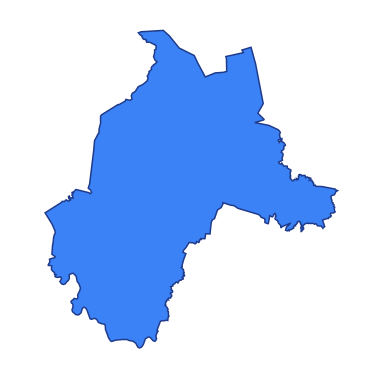 Coyuca de Catalán, Guerrero, Mexico, rotated 184°
{"feature_id": "50627088B15747692686260", "entity_name": "Coyuca de Catalán", "entity_type": "district", "adm_level": 2, "iso_a3": "MEX", "parent_name": "Mexico", "parent_adm1": "Guerrero", "projection": "albers", "projection_center": [-101.014, 18.091], "detail": "fine", "context": "isolated", "style": "filled", "palette": "blue", "viewbox_px": 384, "rotation_deg": 184, "n_neighbors": 0, "source": "geoboundaries", "source_scale": "gbopen_adm2", "svg_char_len": 5907}
<svg xmlns="http://www.w3.org/2000/svg" viewBox="0 0 384 384"><g transform="rotate(184 192 192)"><path d="M231.9,351.2L253.9,348.3L256.6,347.1L254.3,344.8L252.9,344.4L252.4,342.6L251.4,341.4L250.5,340.8L249.5,341.1L247.9,340.2L248.3,339.6L247.7,338.3L244.9,338.5L239.6,336.4L237.9,335.4L238.0,331.8L239.2,331.1L239.0,328.0L239.8,324.4L238.2,321.1L236.0,319.4L238.3,316.7L239.3,316.2L239.7,315.2L240.8,314.3L241.3,312.8L240.9,311.4L243.3,309.1L242.9,308.4L243.6,307.2L243.5,306.5L244.8,304.5L243.7,302.6L244.7,299.5L248.6,295.8L253.0,293.3L255.6,288.3L258.4,286.4L259.3,283.7L258.3,280.6L260.2,279.1L264.3,279.8L265.0,278.0L271.2,273.9L271.9,274.1L287.6,262.7L288.5,261.2L288.0,254.3L289.1,248.3L288.9,244.2L289.5,243.9L292.8,236.4L293.0,225.7L294.7,193.0L295.8,188.6L293.1,186.6L292.2,184.3L293.7,183.2L294.7,184.1L296.3,184.4L307.9,186.4L309.9,184.1L310.1,183.3L311.3,183.5L311.7,183.1L311.7,182.6L310.6,182.2L311.6,180.5L310.7,179.6L310.3,177.6L313.7,177.9L314.0,179.4L314.9,178.9L314.4,176.9L313.5,175.9L312.6,176.1L312.5,175.7L314.2,174.5L315.1,174.5L316.8,175.4L317.7,174.9L318.3,173.7L320.8,173.6L321.5,172.5L337.1,161.0L329.3,150.1L326.1,144.0L325.5,141.2L326.3,140.1L326.9,136.8L327.0,132.1L327.4,129.4L327.4,120.1L323.9,117.9L324.8,116.6L326.5,116.3L329.5,115.0L328.9,112.5L330.3,109.4L330.2,108.7L327.8,108.7L326.8,108.4L326.9,105.1L325.8,103.6L323.6,102.0L323.3,100.1L321.9,100.0L322.8,98.2L322.6,97.9L320.5,97.4L317.0,98.1L316.1,96.4L317.5,93.4L315.9,91.5L314.9,91.0L313.5,90.9L312.1,91.5L310.9,93.4L309.1,95.3L308.4,97.1L308.7,101.0L305.9,102.5L304.6,102.5L301.7,99.9L300.2,94.5L298.5,92.8L296.6,88.5L297.1,85.7L298.9,81.4L298.5,79.4L298.7,78.1L299.7,77.1L302.0,77.7L302.9,76.8L303.2,75.8L303.9,75.7L305.0,74.5L304.7,73.1L303.2,72.0L302.8,71.2L302.8,68.7L303.5,66.0L302.8,64.2L299.5,61.7L298.1,61.4L296.2,61.7L294.3,63.7L293.3,68.1L292.2,69.4L291.0,69.4L289.8,68.6L288.5,66.8L284.8,58.4L283.5,58.0L280.9,59.0L279.6,59.0L277.9,57.9L276.2,55.3L273.0,54.3L270.3,54.1L269.6,53.6L269.1,52.0L268.7,48.8L264.9,40.4L262.8,37.7L261.6,37.3L257.8,38.9L251.2,40.0L246.7,40.3L244.0,39.4L241.3,39.2L238.9,38.2L237.4,37.0L235.1,33.4L233.4,32.8L232.2,33.3L230.9,34.6L229.7,37.1L228.3,42.3L225.7,44.2L224.9,44.4L223.5,43.9L220.5,41.0L219.0,40.5L218.0,40.9L217.1,43.2L218.0,46.0L216.8,49.9L215.8,51.2L217.1,50.4L217.1,52.3L214.5,60.8L213.3,61.4L210.4,61.6L209.3,62.3L207.2,62.1L207.1,65.5L206.3,66.6L206.8,67.2L207.3,71.1L207.8,71.3L208.1,72.1L207.7,73.3L208.8,75.1L210.9,76.9L210.4,77.4L210.7,77.6L210.4,77.9L210.8,79.6L209.7,81.3L210.1,81.6L209.1,82.7L207.9,82.7L208.5,83.5L208.2,84.4L205.9,84.8L205.7,85.8L205.0,86.6L205.0,87.4L206.6,89.3L206.3,89.9L204.7,90.3L204.4,91.4L204.7,92.4L206.1,92.9L205.8,94.6L206.7,96.2L204.5,96.9L204.7,98.3L202.9,99.2L202.0,100.7L201.2,101.2L199.7,100.3L198.8,102.4L197.4,103.3L196.7,103.3L195.8,104.3L194.7,104.6L194.8,105.5L195.8,106.4L193.9,107.6L194.7,108.8L193.9,108.8L194.9,110.6L194.2,111.1L195.2,113.2L195.0,113.7L196.4,115.3L197.5,116.0L196.5,117.0L196.8,118.0L195.6,124.1L193.8,130.1L196.8,131.2L196.4,133.2L194.2,136.1L191.4,141.4L187.4,141.4L185.3,140.5L184.2,141.5L184.0,142.9L181.8,142.1L181.2,142.9L181.2,144.7L179.6,145.2L180.0,146.1L175.9,146.3L175.4,151.3L171.1,151.4L170.7,162.7L169.8,165.6L167.7,167.0L165.3,175.9L161.8,178.5L160.2,182.4L160.4,183.5L152.7,181.6L149.1,181.3L145.0,178.9L124.9,174.4L122.9,173.6L121.3,171.6L117.5,170.4L117.1,166.6L114.0,165.6L113.6,166.1L112.8,173.8L110.3,172.7L109.0,174.0L109.0,175.1L107.9,176.4L106.8,174.9L106.5,173.5L107.0,173.0L107.4,171.1L105.7,169.8L104.9,169.8L103.5,167.0L101.3,164.9L100.9,162.8L100.2,162.9L99.9,163.6L91.4,167.9L95.4,163.4L96.0,160.4L94.5,159.9L93.3,160.1L93.0,160.7L92.7,160.2L92.2,160.1L92.0,160.8L91.1,161.5L90.5,161.4L88.5,162.8L88.8,163.2L88.7,163.5L88.0,163.5L88.2,164.4L87.9,165.0L87.2,165.7L86.5,165.5L86.6,166.4L86.2,166.4L85.3,167.6L85.3,168.2L84.6,168.6L84.5,169.7L83.6,170.3L83.1,170.2L82.0,169.7L82.0,168.9L81.2,168.3L81.4,167.5L80.6,167.0L80.5,165.3L81.0,163.9L80.3,161.7L80.4,160.2L80.1,160.2L78.0,163.1L78.9,164.0L78.4,164.5L79.1,165.2L79.8,165.3L79.9,165.8L78.3,166.7L77.3,167.9L75.2,168.9L73.5,168.7L72.9,169.1L71.7,168.8L69.2,169.2L67.6,168.4L66.1,169.0L64.3,167.0L60.6,167.0L58.9,164.9L58.5,165.7L57.2,166.7L59.8,173.1L55.6,174.9L54.0,175.1L53.5,176.4L52.0,176.8L51.6,177.6L51.5,178.3L52.4,179.1L52.2,180.4L51.2,180.9L49.6,180.9L47.8,182.1L48.7,183.8L48.9,185.8L48.6,186.8L49.6,187.2L49.4,189.0L50.5,189.8L50.6,191.0L51.2,190.9L52.0,192.7L51.8,193.6L52.7,195.0L52.7,196.1L53.2,196.8L52.4,198.2L49.7,199.2L48.5,202.4L46.9,203.5L48.9,204.2L49.3,204.9L62.7,206.5L69.0,206.3L69.5,207.4L71.1,207.2L71.3,209.2L71.8,209.3L72.0,210.4L73.1,211.0L72.9,211.4L73.3,212.0L74.2,212.5L75.2,212.0L74.4,213.3L74.6,214.1L75.8,213.8L75.6,214.1L76.1,214.5L77.0,214.5L78.3,215.1L79.8,214.2L80.2,216.1L80.6,216.4L82.2,216.3L83.5,215.7L83.9,216.5L85.1,217.0L86.0,216.8L85.5,216.4L86.3,216.2L86.2,215.8L87.0,215.2L86.6,214.2L87.2,212.5L86.9,212.0L87.6,211.6L87.9,212.5L88.5,212.7L88.3,212.3L88.7,211.4L90.6,211.9L91.9,210.1L92.4,210.1L95.0,212.5L94.7,213.2L95.2,213.8L94.8,213.9L94.7,215.1L95.3,215.9L95.1,216.8L95.6,218.1L94.8,219.4L95.1,221.1L96.5,221.5L98.7,222.7L98.8,224.4L102.4,224.4L104.4,227.0L104.7,226.3L105.5,226.1L106.7,226.4L107.5,227.4L107.7,227.9L104.0,229.9L104.5,232.1L103.7,235.3L104.1,236.8L105.8,238.0L105.3,238.5L105.4,239.5L103.9,240.4L103.3,241.6L103.6,243.2L103.4,244.3L102.6,244.5L102.1,245.1L102.4,245.9L104.1,247.9L105.1,248.0L106.0,248.6L106.0,250.7L108.5,247.5L109.6,249.8L106.6,251.4L108.2,252.7L108.3,254.0L108.8,255.0L108.1,257.5L108.8,258.7L110.3,260.1L119.9,263.8L134.2,265.6L125.5,268.9L125.2,269.5L131.8,275.2L127.1,285.1L137.5,324.2L143.2,340.5L152.1,337.1L150.4,334.6L167.7,329.5L166.9,327.1L165.8,314.7L169.0,313.6L177.2,312.4L186.8,307.7L195.2,321.0L199.3,328.3L214.8,334.7L225.4,346.1L231.9,351.2Z" fill="#3b82f6" stroke="#1e3a8a" stroke-width="1.5"/></g></svg>